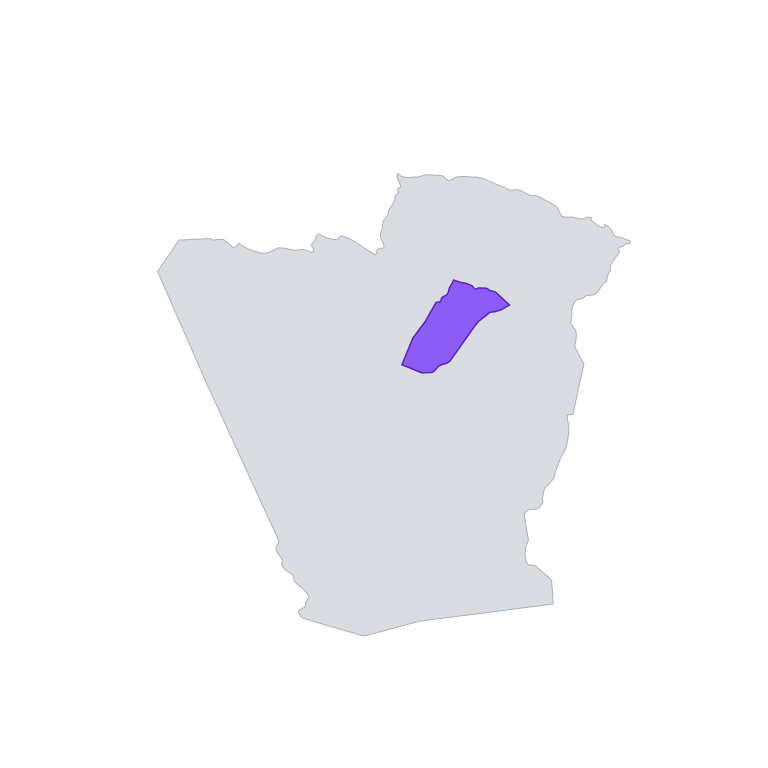 Ghardaïa on a map of Algeria (Albers equal-area conic projection), rotated 28°
{"feature_id": "DZA-2192", "entity_name": "Ghardaïa", "entity_type": "Province", "adm_level": 1, "iso_a3": "DZA", "parent_name": "Algeria", "parent_adm1": "", "projection": "albers", "projection_center": [3.122, 31.033], "detail": "fine", "context": "in_parent", "style": "filled", "palette": "violet", "viewbox_px": 768, "rotation_deg": 28, "n_neighbors": 0, "source": "natural_earth", "source_scale": "10m", "svg_char_len": 4624}
<svg xmlns="http://www.w3.org/2000/svg" viewBox="0 0 768 768"><g transform="rotate(28 384 384)"><path d="M534.1,142.2L534.7,143.6L534.8,144.9L532.8,146.3L531.5,147.0L530.0,150.6L527.1,153.1L526.6,153.8L526.7,154.4L528.8,155.4L529.5,156.4L529.9,157.7L529.2,162.6L528.3,171.2L528.4,173.1L529.3,175.3L530.1,177.0L530.5,178.9L530.4,183.7L531.5,186.5L532.4,189.0L530.7,192.3L530.1,195.2L529.8,199.3L529.7,201.9L528.6,204.3L527.2,206.6L525.5,208.1L523.4,209.3L521.0,211.0L519.1,215.3L514.9,219.0L514.1,220.2L513.8,223.1L514.0,226.9L514.9,230.0L517.2,234.5L519.3,239.5L519.9,242.0L520.6,242.9L523.3,244.5L527.9,246.5L528.7,247.4L531.1,250.8L533.5,256.9L534.4,261.0L542.7,266.9L550.7,272.1L551.3,272.9L556.4,291.6L558.3,298.2L565.0,322.1L562.8,323.6L560.3,325.5L562.4,328.7L566.3,333.8L568.8,338.0L569.7,339.8L571.7,345.1L573.4,350.2L573.9,351.9L574.7,355.8L574.7,366.8L576.5,380.7L578.3,387.6L576.6,394.0L575.0,400.1L575.3,403.1L576.7,407.8L577.9,411.2L579.4,412.9L579.5,418.8L579.0,421.0L575.0,424.3L570.4,427.4L569.3,429.8L569.0,432.5L569.8,434.6L584.5,453.6L585.0,455.6L585.6,461.1L588.3,468.0L590.9,470.9L592.0,473.1L593.8,474.7L595.7,475.8L596.7,475.8L602.7,473.5L613.4,475.9L623.5,478.4L624.3,479.0L630.8,489.2L636.6,498.9L527.3,576.3L515.1,587.5L486.0,614.8L483.8,616.1L444.3,624.5L423.8,628.5L422.8,628.7L421.6,628.7L420.7,628.7L419.0,628.0L416.8,626.5L415.4,625.7L415.1,624.4L415.9,622.8L416.9,621.3L417.3,620.1L418.0,619.2L418.9,618.5L419.0,617.5L418.2,615.8L417.5,613.5L417.6,609.3L417.6,607.4L415.7,605.8L412.1,604.0L408.8,603.0L407.4,602.6L403.7,602.0L398.7,600.8L397.0,600.0L393.8,596.1L392.2,595.1L384.7,594.4L382.2,593.7L380.2,592.7L378.5,591.5L377.5,589.3L377.2,587.6L376.6,586.7L368.4,582.4L366.3,580.9L365.3,579.6L365.3,577.6L365.5,575.2L365.2,573.0L364.9,571.9L226.9,466.6L219.7,460.9L203.5,448.1L131.4,391.0L135.2,355.1L135.6,353.3L136.1,352.5L138.6,351.5L142.7,348.8L144.2,347.6L146.1,346.5L152.8,343.0L154.2,342.0L160.8,337.9L162.3,337.3L165.6,337.2L167.0,336.4L169.0,334.7L171.9,332.8L173.8,332.0L174.2,331.8L175.3,331.8L180.9,332.9L183.2,333.6L186.0,334.3L186.9,334.1L187.7,333.5L188.9,332.0L189.3,330.3L189.5,328.7L189.7,328.0L190.2,327.8L191.4,328.0L193.0,328.4L196.4,328.6L197.5,328.4L201.4,328.4L206.8,327.8L214.6,326.1L218.5,323.6L221.3,320.9L224.4,316.8L226.9,313.2L231.5,311.2L235.2,310.0L237.4,309.6L242.3,307.9L250.5,302.6L257.1,302.2L258.0,301.7L259.0,300.8L259.1,299.0L258.1,297.7L256.8,297.0L255.9,296.2L255.0,296.1L254.5,295.2L254.9,293.6L255.1,292.2L255.8,290.8L255.8,288.8L255.0,286.7L254.8,285.2L254.9,283.8L255.5,282.6L256.9,282.0L258.4,281.8L260.6,282.3L264.4,282.0L274.3,279.1L275.1,278.0L275.8,275.6L276.6,273.6L277.7,272.9L278.2,272.8L286.1,271.8L287.8,271.8L302.2,273.1L314.6,274.1L315.8,273.6L315.9,272.1L315.1,269.2L315.7,267.4L317.5,265.8L319.8,264.0L318.9,261.7L317.2,260.1L314.8,258.2L313.5,257.4L311.4,255.1L310.2,252.5L309.4,247.2L307.9,244.2L306.8,240.4L308.2,233.8L306.8,229.7L306.6,227.9L306.7,225.8L307.3,222.3L307.2,217.2L305.5,212.0L306.5,210.3L307.0,209.4L306.9,208.6L305.2,206.8L304.5,205.5L305.0,204.2L305.9,202.4L305.9,201.6L303.2,199.2L298.7,195.4L297.5,193.7L296.9,191.7L301.4,192.4L303.7,192.2L309.1,190.1L313.5,187.0L316.8,185.5L319.8,182.1L322.5,179.9L326.4,177.7L337.4,172.8L339.0,172.8L342.5,174.1L345.7,173.8L347.8,172.1L350.2,167.7L353.8,165.2L358.3,162.6L364.4,160.2L368.4,157.9L374.7,156.0L390.4,154.9L398.5,153.8L403.9,154.1L409.5,150.4L412.2,149.2L424.2,148.9L429.8,146.1L451.1,145.9L453.7,146.8L456.3,148.2L460.7,151.7L462.9,152.4L465.7,151.6L472.2,148.1L479.6,146.2L483.5,144.1L485.1,141.1L488.6,140.0L490.6,142.1L498.3,144.1L503.0,143.3L505.0,142.6L504.1,139.3L509.1,140.0L513.0,141.4L517.1,144.5L519.7,145.0L524.4,143.3L534.1,142.2Z" fill="#d9dde1" stroke="#a8b0b8" stroke-width="1"/><path d="M391.6,287.6L392.3,287.0L394.2,285.6L394.8,285.1L395.2,284.5L395.2,284.1L395.1,283.5L394.7,282.2L394.6,281.4L394.6,280.5L395.0,279.7L397.0,276.7L397.4,275.8L397.6,274.8L397.7,273.7L397.6,272.8L397.5,271.8L396.8,269.2L396.6,268.2L396.9,261.7L396.7,260.4L396.6,259.6L404.7,258.1L407.4,257.1L410.1,256.5L415.0,256.0L416.3,256.2L416.9,256.4L418.7,257.3L419.4,257.4L420.0,257.3L420.6,257.0L421.1,256.5L421.9,255.3L422.4,254.8L429.4,251.4L429.5,251.4L430.1,251.3L431.2,251.4L431.4,251.4L432.0,251.8L432.8,251.8L439.4,250.5L457.7,255.4L452.4,263.8L448.0,268.1L444.7,270.3L444.1,270.9L443.8,271.4L443.0,272.9L442.1,275.5L440.3,279.1L438.2,284.0L436.9,290.5L431.4,332.9L429.6,336.3L426.7,338.9L425.0,340.9L423.9,342.5L422.0,349.8L420.7,351.4L412.3,356.4L390.8,358.6L387.9,329.9L391.1,309.3L391.6,287.6Z" fill="#8b5cf6" stroke="#5b21b6" stroke-width="1.5"/></g></svg>